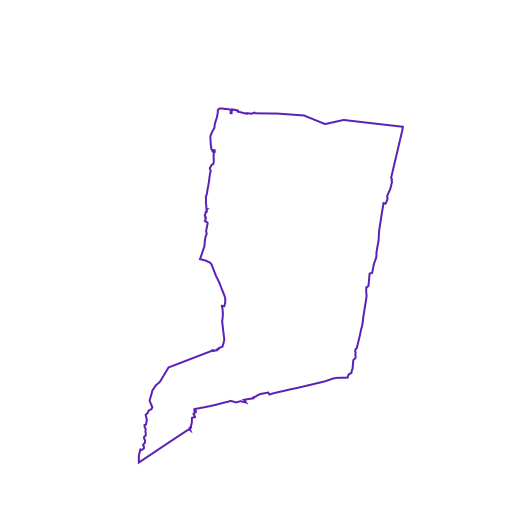 San Pedro Garza García, Nuevo León, Mexico (Albers equal-area conic projection), rotated 249°
{"feature_id": "50627088B79821561160297", "entity_name": "San Pedro Garza García", "entity_type": "district", "adm_level": 2, "iso_a3": "MEX", "parent_name": "Mexico", "parent_adm1": "Nuevo León", "projection": "albers", "projection_center": [-100.375, 25.653], "detail": "fine", "context": "isolated", "style": "outline", "palette": "violet", "viewbox_px": 512, "rotation_deg": 249, "n_neighbors": 0, "source": "geoboundaries", "source_scale": "gbopen_adm2", "svg_char_len": 5729}
<svg xmlns="http://www.w3.org/2000/svg" viewBox="0 0 512 512"><g transform="rotate(249 256 256)"><path d="M324.0,439.4L350.0,389.6L351.6,386.7L354.4,367.8L370.0,351.1L370.1,350.9L381.1,327.5L389.3,306.9L389.6,306.4L390.2,305.8L390.4,305.8L390.4,304.2L390.5,303.5L390.3,303.3L390.3,303.1L390.8,302.0L391.5,300.8L392.5,299.1L392.6,298.6L392.1,298.3L393.3,296.6L396.7,291.7L397.2,290.9L397.6,290.5L398.4,291.1L398.5,290.9L399.4,289.7L400.0,288.6L400.2,287.9L400.6,287.2L400.8,287.4L401.5,286.1L398.0,284.3L398.5,283.5L399.6,284.0L401.4,284.9L402.1,284.1L402.6,283.3L403.0,282.7L403.9,281.0L404.1,280.4L404.3,280.1L404.2,280.0L404.5,279.4L404.9,278.7L405.2,278.5L405.3,278.4L406.8,274.8L406.0,272.7L405.7,272.6L403.7,271.8L401.8,270.6L399.1,269.0L397.9,267.9L397.0,267.2L396.6,266.8L392.9,264.2L390.5,263.1L390.1,262.6L387.1,258.9L384.3,256.5L383.6,256.2L383.2,255.9L377.7,254.2L377.1,254.0L376.3,253.7L375.4,253.5L374.5,253.4L373.8,253.1L373.6,253.1L373.4,253.1L373.1,253.0L372.4,252.7L372.1,252.8L371.2,252.7L370.8,252.9L370.7,253.0L369.6,255.3L369.1,255.1L368.9,255.1L368.6,255.0L368.1,254.8L368.4,254.0L368.6,253.3L368.3,253.4L367.3,253.4L366.8,253.3L366.3,253.2L366.2,253.1L365.7,252.9L364.9,252.4L364.4,252.1L363.2,251.8L362.9,251.7L362.3,251.5L361.3,251.2L360.3,250.8L359.7,250.5L358.9,250.2L358.2,249.8L357.2,249.1L357.1,248.8L357.1,248.6L357.0,248.1L357.0,247.4L356.7,246.9L356.1,246.3L355.9,246.0L355.4,245.4L355.1,245.0L354.8,244.5L353.9,244.2L353.6,244.1L352.5,244.3L352.0,244.3L351.6,244.2L351.1,243.9L350.9,243.7L350.4,243.3L350.1,243.1L349.6,242.7L347.5,241.6L345.2,240.2L344.9,240.1L343.9,239.6L343.4,239.4L340.7,237.8L337.7,236.0L335.5,234.6L332.6,233.0L331.7,232.4L330.9,231.8L329.1,230.4L328.3,230.1L326.3,229.4L324.5,228.7L323.3,228.1L322.4,228.0L321.4,227.8L320.2,227.4L317.8,226.6L317.6,226.7L317.3,226.9L317.2,227.2L317.0,226.8L316.7,226.6L316.5,226.4L315.7,226.2L314.9,225.8L315.1,225.1L315.2,224.9L312.5,223.1L312.4,222.8L311.0,222.6L310.6,222.8L310.3,223.0L310.1,223.0L310.2,222.5L308.4,222.2L308.0,222.1L307.0,220.8L306.1,221.5L304.7,222.7L304.4,222.7L303.7,222.5L297.9,218.8L296.9,218.3L295.3,218.1L294.5,217.9L293.7,217.4L293.2,216.7L292.3,216.0L290.8,215.0L288.4,213.6L288.0,213.5L287.3,213.1L283.5,211.3L282.0,210.0L273.4,202.9L273.1,202.6L272.1,204.2L271.0,205.5L270.2,206.8L268.9,208.1L266.7,210.4L265.4,211.1L264.4,211.3L263.5,211.5L261.1,211.5L259.6,211.5L255.2,211.5L252.3,211.5L250.4,211.6L248.3,211.9L246.4,212.0L245.4,212.1L244.0,212.2L239.3,212.2L237.0,212.2L232.8,212.3L232.5,212.3L229.8,212.3L228.6,212.2L227.3,212.0L225.8,211.5L224.6,211.0L222.6,210.0L221.5,209.1L220.5,208.4L220.9,207.5L221.2,207.1L221.7,206.3L221.4,206.2L221.0,206.2L217.8,205.6L216.4,205.1L214.3,204.5L212.6,203.8L210.1,202.6L206.9,200.9L200.6,199.3L197.7,198.5L196.3,198.2L189.3,196.4L189.2,196.4L187.6,195.3L187.1,195.0L186.6,194.7L186.3,194.5L186.1,194.3L185.9,194.1L185.6,193.9L185.3,193.7L185.0,193.5L184.7,193.2L184.4,192.9L184.1,192.7L183.8,192.4L183.4,192.2L183.4,191.5L183.4,188.7L183.3,188.4L183.3,188.2L182.7,188.0L182.6,187.9L182.6,187.7L182.6,187.4L182.8,186.0L182.0,185.9L182.3,184.5L182.3,184.1L182.5,183.5L182.5,182.7L182.6,182.0L182.8,182.0L183.5,182.1L183.5,181.7L183.4,181.7L183.5,181.3L183.3,181.3L183.3,179.4L183.3,178.1L183.3,177.8L183.3,134.4L173.1,121.4L171.0,115.9L167.5,111.0L165.7,109.8L162.0,107.0L159.1,104.8L152.0,105.0L150.5,103.5L150.2,100.5L148.3,98.6L147.3,96.1L141.9,95.3L138.0,92.8L138.2,91.4L136.2,90.7L135.1,91.0L134.3,91.1L131.9,89.9L131.0,89.8L129.2,89.2L127.7,88.5L127.5,87.0L126.2,86.1L123.8,86.4L122.8,86.0L121.3,85.2L120.9,84.2L120.4,83.5L120.1,82.8L117.9,83.0L116.4,82.2L116.1,80.6L115.9,79.5L116.8,78.7L115.5,77.7L111.6,75.1L105.2,72.6L106.1,76.7L114.8,115.2L118.0,130.0L118.2,131.4L116.8,132.2L117.6,132.2L118.6,132.4L118.5,132.5L118.9,132.7L119.4,132.9L119.1,133.9L120.4,134.3L121.7,135.1L122.1,135.6L122.6,135.8L124.3,136.8L126.2,137.5L127.9,138.3L127.9,138.7L127.4,141.3L127.8,141.4L128.1,141.4L128.4,141.4L128.6,141.4L128.8,141.4L129.1,141.3L129.8,141.1L131.0,141.0L131.2,141.5L131.6,143.2L132.0,144.1L132.9,144.2L133.0,143.1L133.1,142.9L134.0,143.1L135.2,143.7L134.6,146.5L134.3,148.2L134.0,150.1L133.6,151.8L133.2,154.2L133.2,154.4L133.1,155.0L132.9,155.8L132.8,156.4L132.8,156.8L132.6,157.7L132.4,158.8L131.8,163.1L131.7,163.2L131.6,164.5L131.4,165.9L131.3,166.5L131.3,167.3L131.1,168.7L130.9,170.1L130.8,171.4L130.6,173.4L130.3,175.4L130.1,176.6L130.0,177.2L129.9,177.8L129.9,178.6L130.0,180.0L129.9,180.1L129.2,181.3L128.3,182.5L127.1,184.1L126.4,185.1L126.0,189.5L125.9,189.7L125.8,189.9L125.5,190.2L125.2,190.7L124.5,191.6L123.5,193.3L123.2,193.8L122.9,194.1L123.5,194.0L124.4,193.9L125.3,193.6L126.1,193.2L124.1,202.5L124.5,202.4L124.9,202.5L125.0,206.1L125.3,206.8L125.3,207.0L125.4,209.0L125.7,210.0L125.4,211.7L124.1,218.5L121.8,218.9L121.8,219.6L121.8,221.0L121.5,223.7L120.9,228.3L120.0,234.2L119.6,237.5L117.9,248.3L114.3,275.3L114.1,280.8L114.0,284.4L113.1,288.3L111.8,291.9L109.6,297.9L111.6,299.4L112.1,300.5L112.6,300.9L112.5,301.4L112.5,303.0L115.0,304.6L116.0,305.7L123.7,309.4L123.9,309.6L124.6,311.2L125.0,312.1L125.5,312.4L126.0,312.8L127.2,313.2L128.1,313.4L128.6,313.5L129.1,313.9L130.4,314.5L131.0,314.3L131.4,314.3L133.5,315.8L133.9,317.1L144.9,324.7L149.8,327.8L152.7,330.0L156.2,332.1L160.8,334.4L175.2,342.8L178.6,344.7L180.5,345.4L182.7,345.9L187.2,347.7L187.2,348.9L187.8,350.3L198.6,355.6L199.0,356.4L198.5,358.1L199.4,358.9L206.3,363.2L210.0,366.5L212.5,368.3L216.1,369.7L226.8,376.1L235.5,380.0L250.8,388.8L259.7,394.0L258.4,395.6L261.1,398.4L262.7,399.5L264.4,399.7L265.1,400.0L270.4,405.3L273.6,407.6L276.6,409.6L277.7,409.6L278.8,410.4L280.5,410.1L321.3,437.9L324.0,439.4Z" fill="none" stroke="#5b21b6" stroke-width="2"/></g></svg>